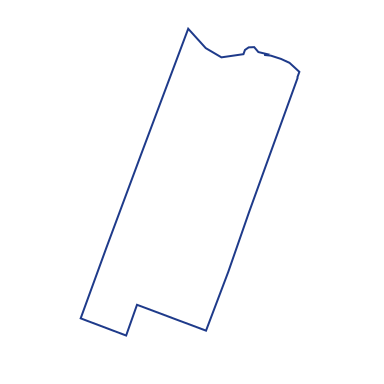 Gasconade, Missouri, United States of America (Mercator projection), rotated 20°
{"feature_id": "52423323B71639417282094", "entity_name": "Gasconade", "entity_type": "district", "adm_level": 2, "iso_a3": "USA", "parent_name": "United States of America", "parent_adm1": "Missouri", "projection": "mercator", "projection_center": [-91.491, 38.433], "detail": "fine", "context": "isolated", "style": "outline", "palette": "blue", "viewbox_px": 384, "rotation_deg": 20, "n_neighbors": 0, "source": "geoboundaries", "source_scale": "gbopen_adm2", "svg_char_len": 473}
<svg xmlns="http://www.w3.org/2000/svg" viewBox="0 0 384 384"><g transform="rotate(20 192 192)"><path d="M252.6,317.5L253.4,254.5L252.5,191.4L252.2,48.7L251.8,48.0L251.8,42.4L239.5,37.3L230.1,36.5L219.4,36.9L213.0,38.5L215.1,36.8L206.5,37.8L200.9,34.6L195.8,36.7L193.2,40.4L193.2,44.9L173.6,55.4L155.7,52.1L132.6,39.9L131.3,174.1L131.2,189.6L130.6,273.3L130.6,348.8L136.9,348.9L179.2,349.4L178.9,316.8L252.6,317.5Z" fill="none" stroke="#1e3a8a" stroke-width="2"/></g></svg>